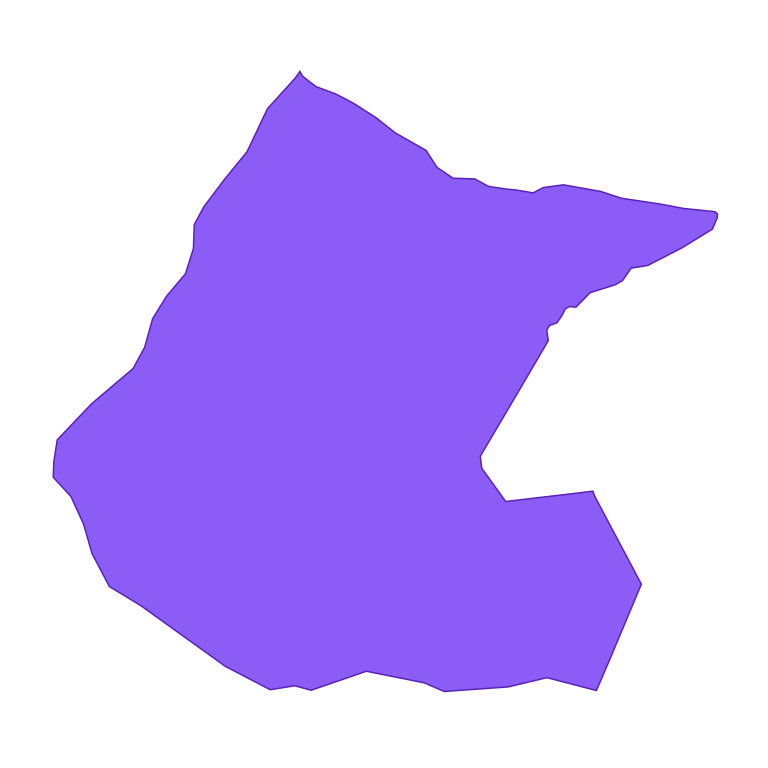 outline of Tawila, North Darfur, Sudan, rotated 182°
{"feature_id": "16777658B31979964775583", "entity_name": "Tawila", "entity_type": "district", "adm_level": 2, "iso_a3": "SDN", "parent_name": "Sudan", "parent_adm1": "North Darfur", "projection": "robinson", "projection_center": [24.702, 13.314], "detail": "fine", "context": "isolated", "style": "filled", "palette": "violet", "viewbox_px": 768, "rotation_deg": 182, "n_neighbors": 0, "source": "geoboundaries", "source_scale": "gbopen_adm2", "svg_char_len": 1913}
<svg xmlns="http://www.w3.org/2000/svg" viewBox="0 0 768 768"><g transform="rotate(182 384 384)"><path d="M161.0,85.1L154.0,103.1L149.0,115.9L119.8,192.9L169.5,279.2L171.6,284.2L172.3,284.1L184.0,282.2L189.7,281.3L220.6,276.6L255.4,271.3L257.7,270.9L258.3,270.9L258.5,271.1L283.2,303.0L283.4,303.4L285.3,315.3L284.6,316.4L268.1,346.7L252.6,375.2L237.5,403.1L221.8,432.2L221.4,433.1L221.6,434.3L223.1,443.0L223.2,443.5L223.0,443.9L220.6,448.2L220.4,448.4L213.6,451.0L213.3,451.2L208.8,458.2L205.7,464.7L205.2,465.6L204.5,466.0L201.8,467.6L201.3,467.9L195.1,467.5L194.9,467.5L194.6,467.8L181.3,482.3L180.9,482.7L180.7,482.7L173.4,485.2L156.1,491.4L149.1,495.8L141.1,508.4L124.5,511.7L90.1,531.0L61.2,550.3L56.7,561.8L56.7,564.5L56.8,565.7L59.4,567.8L66.0,568.2L67.5,568.3L75.9,568.9L90.7,569.9L113.6,573.4L153.0,577.9L174.5,584.1L174.9,584.1L209.9,589.1L211.4,589.3L211.7,589.3L231.0,586.0L231.8,585.8L232.5,585.4L239.8,581.3L241.8,580.2L242.2,580.3L258.7,582.5L258.9,582.5L269.9,583.2L271.1,583.3L271.4,583.4L273.7,583.7L281.2,584.5L286.4,585.2L286.8,585.4L287.7,585.8L290.6,587.2L300.1,591.9L300.4,592.1L300.7,592.1L321.9,592.1L322.2,592.1L322.4,592.2L337.7,601.8L338.5,602.3L338.8,602.7L349.8,618.5L350.1,618.9L350.5,619.1L380.8,635.0L381.5,635.3L382.0,635.7L393.8,644.4L400.8,649.6L421.4,661.8L424.9,663.8L425.2,664.0L425.6,664.2L442.7,672.3L452.4,675.5L461.7,678.6L462.3,678.8L462.5,679.0L468.3,683.0L476.1,688.8L476.3,689.0L479.0,693.5L479.1,693.3L480.6,690.9L483.1,687.0L510.1,655.0L529.0,611.3L550.6,582.9L570.0,555.2L579.2,536.7L579.2,512.7L586.2,487.4L604.5,464.0L617.5,441.2L624.5,412.3L635.3,390.7L675.2,354.4L708.6,316.8L711.3,294.6L711.3,279.2L693.0,260.7L679.4,233.6L675.2,220.7L669.7,204.0L651.4,172.0L619.5,154.1L532.6,96.2L487.1,74.5L462.6,79.3L446.2,75.4L391.6,96.3L333.2,86.7L313.1,78.8L249.3,85.6L211.1,96.2L161.1,85.1L161.0,85.1Z" fill="#8b5cf6" stroke="#5b21b6" stroke-width="1.5"/></g></svg>